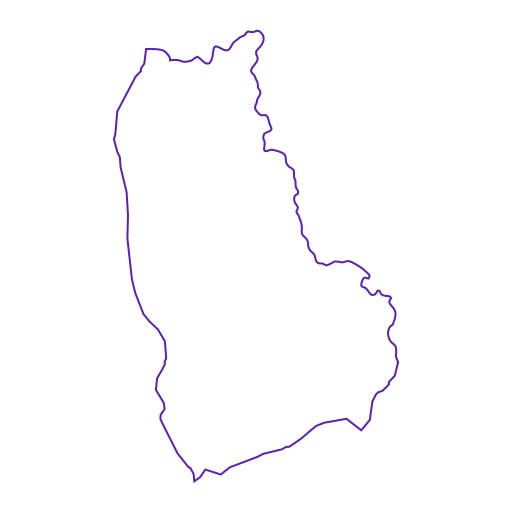 outline of San José Poaquil, Chimaltenango, Guatemala
{"feature_id": "79465075B26188939943042", "entity_name": "San José Poaquil", "entity_type": "district", "adm_level": 2, "iso_a3": "GTM", "parent_name": "Guatemala", "parent_adm1": "Chimaltenango", "projection": "natural_earth1", "projection_center": [-90.895, 14.861], "detail": "fine", "context": "isolated", "style": "outline", "palette": "violet", "viewbox_px": 512, "rotation_deg": 0, "n_neighbors": 0, "source": "geoboundaries", "source_scale": "gbopen_adm2", "svg_char_len": 3943}
<svg xmlns="http://www.w3.org/2000/svg" viewBox="0 0 512 512"><path d="M361.3,430.3L369.8,419.9L372.4,401.5L375.8,394.7L378.1,392.3L382.5,390.8L388.9,384.5L389.0,381.8L394.9,375.6L396.0,370.9L398.1,362.1L396.1,357.3L396.0,355.1L396.2,352.1L396.1,348.4L395.5,346.4L394.5,344.9L392.2,343.0L390.4,341.2L389.1,338.5L388.4,336.0L388.0,333.7L388.2,331.2L388.6,329.7L389.2,328.0L390.6,326.1L392.7,324.7L393.2,323.3L394.3,320.5L394.8,318.8L395.3,316.8L395.5,313.7L395.3,311.8L394.3,309.4L393.1,307.7L391.1,305.3L390.1,304.1L389.2,301.8L390.0,299.7L391.2,298.1L390.0,296.6L387.9,296.0L385.5,295.9L384.1,295.6L381.1,294.3L380.2,292.1L379.2,290.7L377.5,290.7L376.4,292.7L374.9,294.5L372.4,295.0L370.7,294.4L368.9,292.1L367.8,290.5L366.2,288.6L364.9,287.6L362.6,287.0L361.2,285.5L361.5,282.8L362.3,280.6L363.7,278.1L365.8,277.6L367.1,278.3L368.6,278.5L369.6,276.1L368.9,274.5L367.6,273.1L365.0,270.8L363.1,269.0L359.4,266.5L355.1,263.9L352.9,262.7L350.7,261.7L349.1,261.2L346.7,261.2L344.3,261.9L342.9,262.3L341.3,262.3L339.4,261.9L337.7,261.7L335.1,261.4L333.4,262.1L331.4,263.3L329.5,264.2L327.0,265.3L325.5,265.1L323.9,264.2L321.9,263.4L319.8,263.5L318.2,263.1L317.0,262.1L316.0,260.7L315.6,259.1L315.1,257.2L314.7,255.5L313.8,254.0L312.2,252.4L310.5,250.9L309.2,249.0L308.6,247.5L308.2,245.6L308.1,244.0L307.8,241.8L307.3,240.3L306.5,239.0L304.6,237.0L303.2,235.7L302.0,233.8L301.7,231.7L301.8,229.5L301.9,226.8L301.4,223.8L300.6,220.9L299.7,218.8L299.1,216.8L298.1,214.6L297.0,213.5L296.4,211.2L297.4,209.5L297.9,207.3L296.8,205.3L295.1,203.1L294.3,200.5L294.1,198.9L294.6,196.2L296.1,194.8L297.8,193.9L298.2,192.0L297.5,189.9L296.0,187.7L295.6,185.3L295.5,182.3L295.4,180.6L294.2,177.7L294.0,175.2L294.1,173.1L293.8,170.6L292.4,168.8L290.5,167.6L288.9,166.6L287.5,165.0L286.5,163.4L285.9,160.5L285.8,158.3L285.3,156.0L284.3,154.3L282.7,153.1L281.0,152.3L279.7,151.8L277.7,151.0L274.9,150.4L273.5,150.0L271.5,149.7L268.9,150.3L267.2,151.1L264.7,150.9L264.0,149.1L264.4,146.3L264.7,143.2L264.4,141.0L263.3,138.7L263.3,136.7L264.2,133.8L266.3,132.6L268.2,131.7L270.1,131.0L271.5,129.2L271.2,127.3L270.0,125.1L269.4,122.9L268.9,121.3L268.0,118.0L267.3,116.6L265.9,115.2L263.9,115.2L261.7,115.3L259.3,114.2L257.6,112.2L256.6,111.1L255.7,109.8L255.0,107.6L255.6,105.1L256.6,103.0L257.0,100.4L258.2,97.7L259.2,96.3L260.4,93.2L260.0,90.7L258.5,88.7L257.9,86.8L257.9,84.5L257.4,82.1L256.1,79.6L255.4,77.7L254.4,75.6L253.4,74.3L251.9,73.0L251.0,70.7L251.7,68.7L252.6,67.3L255.1,63.9L256.9,61.4L257.6,59.4L257.3,56.3L256.1,54.2L256.2,51.4L257.8,49.2L259.3,47.7L261.3,45.3L262.1,44.0L263.1,41.7L263.6,39.9L263.5,36.9L262.9,35.2L261.8,33.6L260.3,32.0L258.8,31.1L256.6,30.7L253.4,32.1L251.0,32.0L248.0,31.5L246.3,32.7L245.3,34.5L243.7,35.7L240.2,37.2L238.3,38.7L235.5,40.9L233.3,42.8L232.2,44.5L230.6,47.4L229.0,49.6L226.6,50.4L224.2,50.0L222.3,49.1L220.4,48.1L217.4,46.6L215.0,46.5L213.9,48.0L213.2,51.4L212.9,53.6L212.7,55.8L211.8,59.0L211.2,60.4L209.9,62.8L208.5,63.5L206.4,63.5L204.3,62.5L202.1,60.5L199.4,58.0L197.5,56.8L195.0,57.9L193.4,59.2L192.1,60.1L190.7,60.8L189.0,61.2L185.6,61.8L184.2,61.8L182.7,61.6L180.3,60.7L177.9,60.1L175.9,59.9L172.3,60.0L170.1,60.4L170.0,58.2L168.9,56.0L167.5,54.2L165.7,52.2L164.1,51.0L162.1,50.1L160.7,49.8L159.1,49.5L156.5,49.2L151.9,48.9L148.2,49.0L146.1,49.0L144.3,63.6L141.0,68.5L140.9,71.2L135.6,76.6L123.8,99.1L117.3,111.4L115.3,134.3L113.9,139.1L117.3,151.9L119.8,157.1L120.7,167.7L126.6,192.2L128.0,215.3L127.4,238.5L131.9,279.1L135.2,292.8L143.5,314.1L149.6,321.6L157.9,329.4L164.9,341.3L166.2,358.2L164.7,361.5L164.9,364.1L162.5,369.0L157.1,378.3L155.9,389.8L163.8,403.0L164.6,409.1L163.2,411.2L160.7,414.6L160.4,419.1L164.2,427.0L177.5,453.3L188.7,467.5L190.1,467.6L193.6,473.9L194.3,481.3L200.2,477.1L205.3,469.6L220.8,474.5L229.8,467.3L257.3,456.9L263.4,453.8L282.0,449.3L286.1,446.9L289.2,446.8L300.5,439.1L316.1,425.9L324.3,422.7L346.5,418.8L361.3,430.3Z" fill="none" stroke="#5b21b6" stroke-width="2"/></svg>